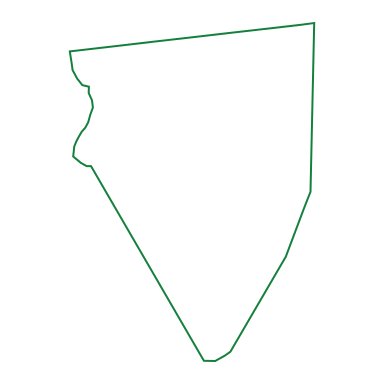 Riachuelo, Rio Grande do Norte, Brazil (Robinson projection)
{"feature_id": "56859067B3974475260071", "entity_name": "Riachuelo", "entity_type": "district", "adm_level": 2, "iso_a3": "BRA", "parent_name": "Brazil", "parent_adm1": "Rio Grande do Norte", "projection": "robinson", "projection_center": [-35.891, -5.815], "detail": "fine", "context": "isolated", "style": "outline", "palette": "green", "viewbox_px": 384, "rotation_deg": 0, "n_neighbors": 0, "source": "geoboundaries", "source_scale": "gbopen_adm2", "svg_char_len": 489}
<svg xmlns="http://www.w3.org/2000/svg" viewBox="0 0 384 384"><path d="M69.8,51.4L71.7,63.5L72.6,70.1L77.1,78.5L82.3,85.1L88.9,86.7L88.7,93.0L92.0,100.3L92.9,107.5L90.3,114.7L88.2,122.3L85.2,127.8L81.6,131.9L79.0,136.4L76.5,141.0L74.3,146.3L73.2,156.5L80.9,162.9L86.6,166.1L91.0,166.1L203.9,360.8L215.2,361.0L224.9,355.6L230.4,351.7L285.8,256.7L304.3,207.5L310.5,191.8L314.2,23.0L302.5,24.6L241.4,31.6L232.5,32.6L155.2,41.5L69.8,51.4Z" fill="none" stroke="#15803d" stroke-width="2"/></svg>